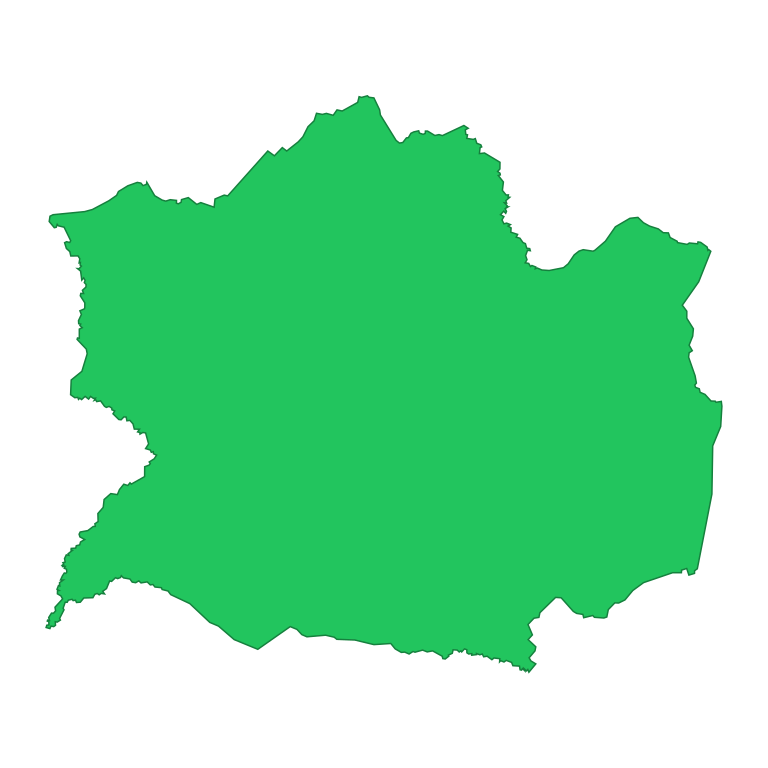 outline of Mueang Udon Thani, Udon Thani, Thailand, rotated 90°
{"feature_id": "78962969B37195167988634", "entity_name": "Mueang Udon Thani", "entity_type": "district", "adm_level": 2, "iso_a3": "THA", "parent_name": "Thailand", "parent_adm1": "Udon Thani", "projection": "robinson", "projection_center": [102.8, 17.39], "detail": "fine", "context": "isolated", "style": "filled", "palette": "green", "viewbox_px": 768, "rotation_deg": 90, "n_neighbors": 0, "source": "geoboundaries", "source_scale": "gbopen_adm2", "svg_char_len": 6095}
<svg xmlns="http://www.w3.org/2000/svg" viewBox="0 0 768 768"><g transform="rotate(90 384 384)"><path d="M217.4,130.1L218.3,138.1L226.8,152.6L241.2,162.6L250.2,173.0L251.2,174.9L249.7,184.8L251.1,189.0L254.9,193.8L263.8,199.8L267.7,204.5L270.5,218.8L270.0,226.1L268.0,230.8L268.7,232.7L267.0,232.2L265.5,236.1L266.5,237.5L263.4,239.3L262.8,242.8L259.7,241.0L255.6,242.4L250.3,240.5L250.7,237.7L248.6,238.3L248.2,241.3L243.6,242.6L242.6,245.0L238.2,248.1L237.2,251.8L234.4,250.4L232.2,257.2L227.9,256.9L226.1,259.9L224.6,257.6L223.1,261.4L223.8,264.1L219.9,266.0L216.6,264.1L214.7,267.5L211.2,264.3L213.3,262.3L211.3,261.5L208.7,262.9L206.9,260.0L206.9,261.4L205.8,260.8L202.8,263.6L203.1,261.4L200.7,262.2L197.3,258.3L197.1,260.0L194.9,259.6L195.0,261.9L190.4,265.6L182.0,264.6L175.5,269.7L174.9,267.7L173.2,268.0L171.5,270.4L169.0,268.1L162.3,268.0L153.0,283.5L153.6,288.6L147.6,287.9L146.9,286.3L144.8,287.2L143.3,291.2L138.6,292.7L139.4,294.7L138.4,301.2L134.8,300.5L134.4,302.2L129.8,302.7L128.3,299.8L125.5,304.1L135.6,325.6L134.6,329.0L135.5,333.1L131.1,340.4L131.1,342.6L133.5,342.8L134.3,344.9L133.1,348.6L130.8,349.3L131.9,354.2L133.3,357.1L137.6,359.6L137.9,361.6L142.5,365.2L143.1,368.5L140.4,371.9L115.0,387.6L109.8,388.4L97.9,394.1L97.3,398.9L95.8,400.6L97.4,406.4L96.7,408.9L102.4,410.3L111.0,425.8L109.9,431.0L115.3,434.8L113.4,441.6L114.4,445.6L113.3,451.5L120.8,453.9L126.7,460.0L136.8,465.1L141.9,469.8L151.0,481.3L147.6,485.7L155.8,493.6L151.0,500.2L195.9,540.3L195.1,543.8L199.0,553.0L207.2,553.9L202.6,567.2L204.4,571.2L197.6,579.7L199.6,586.5L202.3,586.9L203.8,589.7L203.2,591.6L200.4,591.5L199.7,597.8L201.1,602.2L200.1,605.8L195.7,613.3L182.2,621.2L184.4,621.6L185.6,625.0L183.1,627.1L182.4,630.7L185.8,640.2L191.5,649.5L195.4,651.4L200.8,659.2L209.5,675.6L211.6,683.3L214.7,714.9L216.2,718.0L221.5,718.8L227.7,713.7L227.3,711.8L224.4,710.8L225.8,709.7L227.2,703.9L240.7,697.3L242.5,698.3L241.7,701.4L242.7,703.4L248.5,701.6L251.6,698.2L256.0,697.2L255.9,690.0L258.7,688.2L262.9,688.9L262.5,687.6L265.0,687.9L266.1,686.6L268.7,688.9L268.6,690.5L271.1,687.4L280.1,686.2L277.9,684.3L280.3,682.9L282.6,683.7L284.5,681.9L287.1,682.1L290.3,685.6L293.5,684.4L293.4,687.2L295.8,687.7L302.8,683.2L307.2,683.2L308.8,683.5L310.8,688.1L314.5,686.6L320.6,689.5L323.7,689.3L324.1,687.3L325.5,688.1L327.7,685.8L329.1,688.7L338.2,688.7L338.0,690.5L339.4,690.9L349.1,681.7L353.8,680.8L371.3,686.1L380.0,696.8L394.7,697.4L397.7,693.2L397.4,690.2L399.4,689.5L398.2,688.2L399.6,686.4L396.4,682.9L399.1,679.4L396.4,677.4L398.4,674.6L398.2,672.5L400.3,673.7L399.7,672.4L401.6,671.3L400.9,667.4L406.3,663.5L407.4,661.7L406.4,658.9L408.1,656.2L409.8,656.1L410.9,653.3L413.8,655.0L419.5,649.2L419.8,646.9L416.9,644.1L417.1,641.8L420.8,641.1L420.4,638.1L423.9,635.0L429.1,633.7L429.2,628.5L431.9,630.4L432.5,628.1L434.1,628.0L432.5,625.2L432.9,622.4L443.9,619.4L448.6,622.4L450.0,617.7L452.3,616.7L451.7,614.7L453.8,614.5L455.1,611.4L458.8,613.8L462.0,618.8L463.6,617.7L465.1,618.9L466.7,623.3L476.6,623.4L484.1,636.7L482.8,638.0L485.5,640.2L484.2,644.2L489.5,648.5L494.6,650.6L493.6,657.2L499.5,663.9L507.4,664.8L513.5,670.1L521.6,669.9L523.7,673.1L526.4,672.7L526.5,674.8L530.6,680.2L532.0,687.8L534.2,688.9L536.9,688.1L539.5,683.3L542.0,687.5L544.9,688.3L545.7,691.7L548.1,692.3L548.4,696.8L550.0,697.0L550.4,695.6L553.7,699.9L555.3,699.2L554.9,701.7L558.6,703.5L562.0,702.8L562.7,705.1L564.1,704.2L565.3,705.8L565.8,704.3L566.6,706.1L566.5,702.7L568.3,703.7L569.2,701.5L572.1,701.2L573.4,702.2L573.0,703.7L575.9,705.6L580.0,707.5L580.0,704.7L582.7,708.5L586.0,708.2L585.5,709.5L589.3,711.0L590.5,709.0L590.7,710.5L593.8,710.6L595.9,707.1L598.9,705.4L607.2,713.0L610.9,712.4L613.2,714.5L613.1,716.5L617.5,719.3L620.4,718.5L620.1,720.4L621.1,720.7L621.5,719.2L624.9,719.1L625.2,721.2L627.5,721.9L628.6,718.1L626.1,717.0L626.6,714.3L625.3,712.5L621.7,712.7L622.1,710.8L620.1,707.6L618.4,708.4L609.8,704.0L608.3,704.9L602.2,702.8L602.3,700.8L600.2,699.7L599.3,695.9L600.6,694.9L600.2,692.5L602.5,691.5L602.2,687.7L598.0,684.2L597.7,675.1L594.3,673.2L593.5,670.8L594.8,668.8L593.4,666.8L593.9,663.5L591.3,665.3L588.6,661.5L581.0,658.4L581.4,656.4L577.7,652.5L578.6,650.3L577.5,647.5L575.7,646.7L577.9,644.5L579.0,638.1L582.1,635.8L582.7,632.3L580.9,629.2L582.9,627.0L581.9,620.8L584.9,617.7L584.5,615.0L587.0,613.1L587.7,606.6L589.5,605.9L591.0,600.0L594.6,597.3L603.6,578.2L622.4,558.2L626.1,549.5L639.6,533.8L649.3,510.2L626.6,477.8L629.4,471.0L634.6,466.2L636.8,461.1L635.2,442.4L637.2,433.8L639.3,431.2L640.0,413.2L644.6,394.1L643.5,377.2L648.9,372.8L652.4,366.7L652.1,363.3L654.0,358.9L651.5,355.0L652.2,353.0L650.1,345.4L651.9,340.8L650.9,335.4L656.2,325.8L658.6,325.2L659.0,322.8L656.2,319.2L655.1,319.6L653.3,315.7L649.8,314.9L650.1,310.8L652.0,308.8L650.8,307.1L651.9,306.3L648.9,303.5L649.7,301.2L652.8,301.1L654.0,299.3L653.6,296.2L655.2,296.3L654.6,291.4L653.5,291.5L654.8,288.2L654.0,285.7L656.8,284.3L656.2,280.9L659.7,276.1L658.0,274.0L658.7,268.2L661.8,268.4L660.7,267.3L662.0,264.0L660.4,261.8L662.4,256.4L665.7,255.1L666.1,248.5L669.8,247.9L670.1,246.4L668.6,245.5L670.7,243.3L668.8,243.8L670.9,241.5L669.5,240.2L672.2,239.1L663.9,232.2L660.9,237.1L657.8,238.9L650.9,233.0L646.8,232.2L639.6,239.9L634.9,235.6L624.5,240.0L618.2,234.0L617.4,229.1L612.7,228.1L597.4,212.4L597.8,206.8L611.4,194.7L613.4,191.4L614.4,185.1L617.7,184.3L615.5,175.2L617.3,173.6L618.0,164.1L617.0,161.2L609.6,159.7L602.9,153.2L603.0,149.3L599.9,143.0L590.5,135.2L582.6,124.4L572.7,95.4L572.7,86.6L570.1,86.4L568.5,81.3L575.1,79.1L573.4,73.5L570.7,73.4L568.8,70.7L494.1,56.1L445.9,55.3L426.5,47.3L406.2,46.1L401.4,46.7L402.3,52.0L401.2,52.7L401.0,57.0L394.4,63.0L392.3,67.9L388.8,68.7L387.3,72.5L385.0,73.2L383.1,71.6L375.8,72.9L357.2,79.4L352.8,78.9L350.7,75.7L345.2,78.9L336.2,75.3L328.8,74.6L318.3,81.2L311.2,81.2L305.2,85.7L281.8,69.3L251.3,57.2L249.6,59.3L250.3,60.1L247.0,60.9L242.4,67.3L241.9,70.0L243.8,70.4L243.0,78.7L244.4,80.8L242.6,90.5L241.3,90.8L237.5,97.9L232.9,99.6L232.7,104.8L228.9,109.7L226.1,118.4L222.7,124.6L217.4,130.1Z" fill="#22c55e" stroke="#15803d" stroke-width="1.5"/></g></svg>